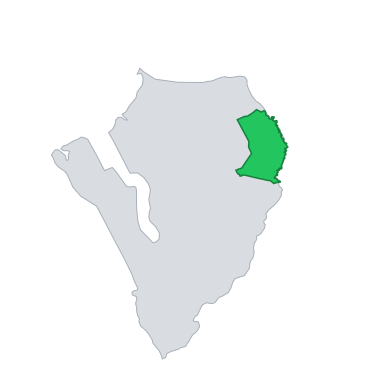 Podor, Saint-Louis, Senegal (highlighted), rotated 62°
{"feature_id": "50182788B66510054428140", "entity_name": "Podor", "entity_type": "district", "adm_level": 2, "iso_a3": "SEN", "parent_name": "Senegal", "parent_adm1": "Saint-Louis", "projection": "robinson", "projection_center": [-14.416, 16.094], "detail": "fine", "context": "in_parent", "style": "filled", "palette": "green", "viewbox_px": 384, "rotation_deg": 62, "n_neighbors": 0, "source": "geoboundaries", "source_scale": "gbopen_adm2", "svg_char_len": 7867}
<svg xmlns="http://www.w3.org/2000/svg" viewBox="0 0 384 384"><g transform="rotate(62 192 192)"><path d="M286.4,177.2L290.5,185.2L289.6,189.0L288.7,194.6L291.0,198.7L293.8,201.3L295.7,203.7L297.8,207.1L298.2,213.8L297.8,218.6L299.2,220.8L300.4,223.5L300.2,225.8L299.4,227.9L296.8,230.6L296.4,235.6L300.6,241.6L303.3,244.9L303.3,246.8L304.1,248.9L306.1,251.3L307.3,250.7L308.7,248.8L309.3,247.4L312.9,248.0L314.6,248.6L317.0,252.6L317.8,255.2L318.4,258.5L320.9,262.7L323.0,265.6L323.4,267.4L325.3,269.9L324.2,275.3L324.3,278.1L323.0,285.5L322.8,288.9L322.9,290.2L325.7,292.8L325.5,296.6L322.5,295.9L317.4,295.5L307.2,297.4L303.7,296.6L297.0,296.9L292.3,297.9L286.2,300.3L281.5,299.8L279.0,297.8L275.6,298.0L271.9,297.0L267.8,295.1L264.2,294.2L260.2,290.8L258.4,290.2L257.1,291.1L256.0,292.2L254.8,292.9L252.7,292.3L251.9,290.0L252.5,287.8L252.7,286.1L251.7,285.2L249.3,284.9L245.4,284.9L239.1,284.2L237.7,283.8L223.6,283.2L209.0,283.1L196.6,283.1L181.0,283.0L170.0,282.9L159.8,282.9L151.8,287.4L143.3,292.3L131.7,294.9L118.5,293.9L114.2,294.6L109.9,296.8L106.6,298.4L102.1,299.3L96.2,298.5L93.8,299.0L92.3,296.8L90.6,293.2L91.7,290.5L95.3,288.8L100.7,286.6L103.5,287.8L105.2,287.8L105.5,286.4L105.0,285.6L100.9,283.7L98.8,281.1L97.0,282.6L95.5,285.8L94.2,286.7L92.4,287.6L91.3,285.4L90.9,283.4L91.7,281.8L91.3,272.8L91.8,268.0L91.6,263.8L94.2,261.1L96.6,259.3L106.1,259.2L114.9,259.0L123.4,259.1L132.0,259.2L132.9,250.9L135.6,250.2L139.7,249.3L147.4,248.3L155.9,247.3L157.7,245.7L159.1,242.9L160.0,240.4L161.7,239.4L164.1,240.2L167.2,241.5L170.5,243.5L174.2,245.4L176.6,246.6L182.6,249.5L192.7,253.6L201.1,255.3L211.1,252.3L218.4,250.4L219.3,246.8L218.2,243.2L212.8,240.0L205.4,240.4L203.1,241.2L199.7,242.3L197.6,242.7L194.2,242.0L189.7,239.2L187.0,236.4L183.1,235.1L178.5,233.8L171.1,228.0L167.3,227.0L163.6,226.7L156.6,227.8L149.8,230.9L146.2,237.9L139.3,237.8L124.8,237.6L111.4,237.4L100.4,237.8L99.3,232.8L96.7,228.7L92.5,225.3L91.5,222.1L93.0,219.3L97.1,217.0L98.0,215.3L95.9,215.6L92.6,217.1L90.5,217.2L90.2,212.7L86.6,207.0L82.6,197.3L78.0,193.4L74.2,185.6L70.2,182.6L66.5,181.2L63.3,181.4L62.2,185.0L58.3,179.9L63.6,178.0L75.1,171.6L88.4,153.1L100.3,131.3L101.8,126.1L103.3,122.2L104.3,113.3L106.0,107.9L107.6,106.9L109.6,102.8L112.0,95.7L114.8,91.7L117.8,90.9L120.2,91.3L121.9,92.7L126.9,93.7L135.1,94.0L141.5,92.9L146.0,90.5L152.0,89.2L159.3,89.2L163.2,88.1L163.5,86.1L164.5,85.5L166.0,86.3L167.5,85.9L168.8,84.5L170.2,84.4L171.5,85.6L177.7,86.0L188.6,85.5L198.7,89.3L208.0,97.3L212.8,102.6L213.1,105.3L214.6,108.0L217.4,110.7L220.0,111.2L222.3,109.5L224.1,109.7L225.4,111.8L228.0,112.2L231.0,110.9L233.1,111.4L233.5,112.6L234.0,113.3L235.4,113.6L237.3,115.1L240.0,119.4L242.2,125.3L243.9,133.0L246.2,137.1L248.9,137.8L250.6,139.3L250.9,141.2L251.7,142.4L253.0,143.1L255.4,142.7L258.1,145.2L261.1,150.8L261.6,153.3L261.1,154.7L261.3,155.7L263.3,156.6L265.1,158.5L266.6,161.2L269.9,163.6L275.0,165.8L278.6,169.0L280.8,173.2L285.5,176.8L286.4,177.2Z" fill="#d9dde1" stroke="#a8b0b8" stroke-width="1"/><path d="M149.4,118.1L161.8,118.1L163.1,118.0L163.4,118.1L165.7,118.0L167.7,118.1L168.1,118.0L174.2,118.1L179.0,121.0L180.2,121.0L185.6,121.3L186.0,121.4L188.9,127.0L189.4,127.9L194.2,136.9L194.0,137.7L194.1,138.4L194.1,138.6L194.0,138.9L193.7,140.0L193.5,140.4L193.7,142.2L193.7,142.4L193.4,143.0L197.3,143.1L198.3,142.1L198.7,141.7L199.0,141.7L199.2,141.8L199.4,141.9L199.5,142.1L199.8,142.2L200.0,142.2L200.3,142.2L200.8,141.4L201.1,141.2L201.0,140.9L200.7,139.9L200.7,139.7L200.8,139.5L201.0,139.3L201.6,137.9L201.8,137.5L202.9,136.3L206.0,132.8L211.7,126.3L211.8,126.2L212.3,125.6L213.5,124.1L214.6,122.7L215.9,121.4L217.0,120.0L218.1,118.6L218.3,118.0L218.3,117.9L218.4,117.7L220.2,116.9L222.9,115.8L222.9,115.5L223.2,114.2L223.4,113.3L223.5,112.9L223.7,112.0L223.8,111.5L223.9,111.4L223.8,111.1L223.8,110.8L223.9,110.6L224.3,110.3L224.5,109.9L224.6,109.7L224.6,109.3L224.5,109.2L224.4,109.1L224.1,109.1L223.9,109.2L223.4,109.7L222.9,110.3L222.4,110.6L222.2,110.7L221.7,111.0L221.1,111.0L220.7,110.8L220.4,110.9L219.7,111.3L219.2,111.6L219.0,111.8L218.7,112.4L218.5,112.7L218.3,112.8L218.2,112.8L218.0,112.5L218.0,112.3L217.9,111.9L217.5,111.8L217.5,111.7L217.3,111.1L217.0,110.7L217.0,110.4L216.9,110.1L217.0,109.8L217.1,109.7L217.3,109.3L217.4,109.1L217.4,108.8L217.2,108.7L216.8,108.3L216.7,108.4L216.2,108.7L215.8,108.7L215.5,108.5L215.4,108.3L215.3,107.9L215.2,107.4L215.2,106.9L214.8,106.9L214.7,106.9L214.3,106.5L214.2,106.5L213.7,106.7L213.3,107.0L213.1,107.1L212.9,107.1L212.9,106.9L212.9,106.6L212.9,106.0L213.0,105.6L213.2,105.3L213.8,104.8L213.8,104.7L213.6,104.5L213.3,104.4L213.1,104.4L212.7,104.4L212.4,104.5L212.2,104.3L212.2,104.0L212.1,103.2L212.1,102.9L212.5,102.7L212.9,102.7L213.2,102.9L213.3,102.9L213.5,102.8L213.5,102.7L213.3,101.9L213.2,101.7L213.0,101.4L212.8,101.4L212.7,101.4L212.3,101.2L211.8,100.8L211.7,100.8L211.4,100.8L210.8,100.9L210.5,100.9L210.4,100.7L210.1,100.0L209.9,99.6L209.1,98.7L208.8,98.4L208.7,98.2L208.1,97.5L208.0,97.4L207.7,97.3L207.3,97.1L207.1,96.9L207.0,96.5L207.0,96.3L206.8,96.1L206.3,95.7L206.1,95.6L205.7,95.6L205.7,95.4L205.6,95.1L205.8,94.7L206.0,94.5L206.0,94.4L205.9,94.3L205.7,94.3L205.6,94.5L205.4,94.6L205.2,94.7L204.7,93.9L204.5,93.7L204.4,93.6L203.9,93.4L203.6,93.1L203.4,93.0L203.1,92.9L202.9,92.6L203.1,91.9L202.6,91.5L202.2,91.1L201.4,91.0L201.1,91.0L200.9,91.0L200.7,91.3L200.6,91.5L200.5,91.9L200.5,92.1L200.7,92.5L200.3,91.9L199.9,91.3L199.8,91.0L199.8,90.8L199.8,90.3L199.9,90.0L200.1,89.8L200.1,89.7L199.9,89.4L199.8,89.2L199.7,89.1L199.4,89.0L199.2,89.1L198.9,89.6L198.1,89.7L197.8,89.9L197.6,90.0L197.4,89.9L197.2,89.7L197.3,89.4L197.5,88.5L197.5,88.0L197.5,87.7L197.5,86.8L197.3,86.4L197.1,86.2L196.4,86.4L196.0,86.6L195.8,86.7L195.1,86.5L194.5,86.7L194.2,86.7L193.9,86.4L193.8,86.2L193.8,85.8L193.7,85.8L193.5,85.7L193.4,85.8L192.8,86.2L192.7,86.4L192.5,86.9L192.3,87.1L192.2,87.2L191.9,87.1L191.2,87.0L190.5,87.5L190.2,87.6L189.6,87.2L189.4,87.1L189.1,87.0L188.8,86.8L188.3,86.2L188.2,86.1L187.9,86.3L187.9,86.6L187.7,87.2L187.7,87.3L187.1,87.1L186.5,87.3L186.3,87.3L186.0,87.1L185.9,87.2L185.6,87.4L185.4,87.2L185.2,86.9L184.9,86.8L184.6,86.9L184.4,87.1L184.3,87.3L184.1,87.4L183.7,87.1L183.5,86.8L183.6,86.7L184.0,86.6L184.1,86.3L184.0,86.0L183.9,85.9L183.7,85.8L183.2,85.9L182.7,86.0L182.2,86.0L181.7,86.1L181.1,86.3L180.9,86.4L180.6,86.2L180.4,86.0L180.2,86.0L180.2,86.4L180.2,86.6L179.9,86.6L179.7,86.8L179.9,87.2L179.9,87.3L179.7,87.3L179.5,87.1L179.3,87.0L179.2,86.8L179.2,86.3L179.2,86.0L179.1,85.8L178.9,85.7L178.7,85.5L178.4,85.5L178.2,85.7L178.0,86.1L177.8,86.5L177.6,86.7L177.4,86.6L177.1,86.3L176.8,85.7L176.7,85.6L176.4,85.6L176.2,85.7L176.1,86.0L176.1,86.4L176.0,86.5L175.9,86.5L175.5,86.3L175.4,86.2L174.7,86.4L174.3,85.9L173.9,85.3L173.7,85.2L173.4,85.3L173.2,86.1L173.0,86.5L172.9,86.6L172.4,86.5L172.3,86.4L172.3,86.2L172.4,85.8L172.1,85.8L171.9,86.1L171.6,86.4L171.3,86.6L171.1,86.6L170.9,86.5L170.8,86.4L170.6,86.2L170.4,85.7L170.6,84.7L170.6,84.4L170.0,84.1L169.3,83.7L169.0,83.7L168.9,83.7L168.7,83.8L168.6,84.1L168.5,84.5L168.5,84.8L168.5,85.7L168.4,86.0L168.2,86.2L167.0,86.8L166.9,86.9L166.6,86.8L166.4,86.7L166.2,86.9L166.1,87.0L166.0,86.9L165.9,86.5L165.7,86.3L165.6,86.1L165.4,85.4L165.3,85.2L165.2,85.0L164.9,84.6L164.5,84.4L164.2,84.4L163.8,84.9L163.3,85.6L163.2,86.0L163.2,86.3L163.4,86.6L163.7,86.8L164.0,86.8L164.3,86.8L164.6,87.2L164.6,87.3L164.7,87.5L164.8,87.8L164.7,88.1L164.5,88.4L163.7,89.1L163.6,89.3L163.3,89.4L162.7,89.4L162.3,89.3L161.6,88.9L161.2,88.8L160.9,88.9L160.8,89.1L160.7,89.3L159.7,89.9L159.2,90.2L158.8,90.6L158.5,90.7L158.3,90.7L157.9,90.4L157.6,90.2L157.3,89.8L157.2,89.8L156.6,89.8L156.2,89.7L155.6,89.5L155.0,89.5L154.8,89.6L154.7,89.6L154.0,90.2L153.9,91.2L154.0,93.2L149.5,96.4L150.4,100.1L150.5,100.7L150.6,101.2L151.1,107.6L149.9,110.1L149.4,118.1Z" fill="#22c55e" stroke="#15803d" stroke-width="1.5"/></g></svg>